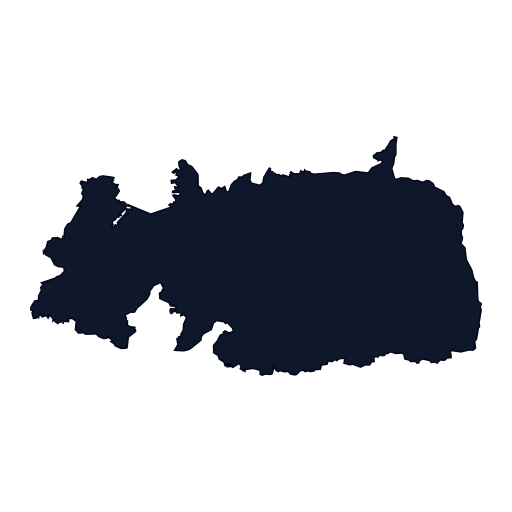 Grobogan, Jawa Tengah, Indonesia
{"feature_id": "22746128B71964042918672", "entity_name": "Grobogan", "entity_type": "district", "adm_level": 2, "iso_a3": "IDN", "parent_name": "Indonesia", "parent_adm1": "Jawa Tengah", "projection": "albers", "projection_center": [110.857, -7.098], "detail": "fine", "context": "isolated", "style": "filled", "palette": "ink", "viewbox_px": 512, "rotation_deg": 0, "n_neighbors": 0, "source": "geoboundaries", "source_scale": "gbopen_adm2", "svg_char_len": 6030}
<svg xmlns="http://www.w3.org/2000/svg" viewBox="0 0 512 512"><path d="M395.9,143.7L396.9,137.5L394.1,136.8L394.4,138.8L390.7,140.9L388.0,145.6L388.5,146.2L386.9,146.8L385.4,149.9L382.8,150.5L381.4,152.4L377.1,152.8L373.4,155.8L373.8,157.8L377.6,159.6L378.0,160.8L380.6,159.9L382.8,161.2L381.1,163.7L371.9,167.9L368.2,173.0L355.7,171.5L344.6,175.1L342.1,174.8L339.4,173.0L333.6,172.6L314.2,174.2L311.1,173.6L309.8,171.8L306.0,171.2L304.6,169.9L304.3,172.3L300.8,170.8L299.5,173.8L293.6,173.8L291.0,171.8L290.4,172.6L291.6,173.8L289.9,174.5L289.6,176.6L288.8,176.7L282.7,174.9L281.7,176.2L278.5,174.4L276.1,174.9L274.9,173.1L272.9,173.3L272.8,171.9L269.8,170.9L270.5,168.9L269.3,168.1L263.8,177.3L263.0,182.7L259.9,185.3L251.4,183.1L249.9,180.1L250.6,173.0L243.7,175.4L242.2,177.1L238.9,177.0L237.4,179.8L234.5,181.3L231.4,184.7L228.7,192.1L226.3,191.5L224.7,186.5L221.7,188.6L218.5,187.1L212.7,193.9L210.9,193.5L208.5,190.3L207.4,190.6L205.4,195.2L202.8,192.9L201.1,188.0L198.2,185.8L198.0,175.0L197.2,173.5L191.6,166.4L187.7,164.8L185.3,160.8L182.1,159.8L178.8,161.9L179.2,166.3L180.7,169.7L178.8,170.6L176.5,168.8L172.3,172.1L173.7,173.1L176.8,172.1L177.4,173.1L176.0,175.0L179.4,176.6L175.7,180.0L171.2,180.4L171.6,183.3L175.0,182.5L178.3,186.2L177.9,187.2L174.7,186.8L175.6,190.5L172.6,191.3L172.5,192.6L179.6,192.2L180.3,193.8L179.7,195.0L177.5,195.8L174.4,194.8L172.9,195.4L175.9,199.6L175.6,202.0L173.7,202.1L172.9,204.6L170.6,203.6L168.9,205.0L171.9,206.9L150.7,214.1L127.8,204.6L127.5,205.8L131.6,206.7L131.0,209.5L126.9,208.9L126.1,212.2L128.4,212.7L127.5,214.6L125.5,213.6L117.3,222.7L118.3,223.5L117.2,225.6L115.4,224.8L112.4,227.9L111.3,226.9L112.4,226.4L111.6,225.1L113.1,224.5L112.2,223.2L113.0,220.4L115.4,219.8L116.6,216.9L118.7,217.3L119.2,214.8L120.2,215.8L121.3,215.3L120.2,214.0L125.3,209.1L126.1,206.5L126.0,203.9L124.2,202.1L119.3,201.7L119.1,200.4L116.9,200.3L114.8,198.2L114.8,196.4L116.0,196.1L119.4,190.8L117.0,187.2L118.1,184.6L115.7,184.7L111.5,181.9L113.4,180.5L112.3,179.4L113.8,178.6L113.8,177.5L103.0,175.9L99.6,176.6L96.4,179.3L92.4,177.7L89.6,179.6L87.7,179.4L87.7,182.7L81.3,181.1L80.2,183.0L81.8,183.7L80.9,184.2L82.5,186.3L82.0,188.0L83.5,189.1L81.8,193.5L83.2,195.7L83.0,197.7L82.3,199.9L77.0,205.9L80.4,206.5L70.8,222.8L67.6,224.2L64.8,228.9L64.1,236.7L63.0,236.2L62.4,238.5L60.4,240.0L59.9,238.6L58.3,239.0L58.7,238.1L57.5,237.6L52.2,238.1L51.2,240.4L47.8,241.5L45.8,248.9L44.5,249.4L44.6,251.7L43.4,251.1L43.7,253.8L45.5,252.9L45.6,254.7L51.1,257.8L54.6,264.8L58.4,266.6L63.3,267.1L64.4,269.6L64.1,271.7L59.9,275.8L56.6,276.7L55.3,278.1L41.4,282.8L43.2,284.4L40.8,287.4L41.3,290.6L38.6,296.0L38.5,301.2L37.1,300.5L34.7,301.0L31.0,307.0L30.7,309.9L33.0,310.7L32.2,312.3L33.5,312.1L32.3,314.3L33.5,318.4L36.7,317.9L37.0,317.0L38.6,317.7L38.8,315.4L40.3,315.5L38.8,314.7L39.6,313.4L42.3,317.0L43.5,316.4L43.9,314.0L45.0,316.1L46.4,315.4L48.1,318.1L48.9,316.7L48.3,314.8L49.1,314.6L53.1,318.6L52.9,321.0L54.6,319.7L55.2,321.8L57.9,323.5L58.7,322.1L61.0,322.2L61.5,320.1L63.8,321.3L68.6,321.6L68.6,318.6L72.1,318.4L76.3,321.3L75.4,329.6L78.5,333.1L83.4,332.7L85.6,334.2L96.2,333.9L98.7,336.5L104.0,338.6L107.5,337.9L107.8,336.9L111.5,339.4L112.1,340.2L110.8,341.6L114.2,343.7L115.2,345.8L121.0,348.4L125.6,348.2L127.1,347.7L128.3,337.2L135.6,331.4L135.3,329.5L134.2,329.4L134.9,327.3L129.8,326.6L127.3,325.1L127.5,321.0L126.4,320.6L126.2,317.4L125.0,316.3L125.6,314.8L130.3,312.2L134.5,312.1L137.1,308.0L147.0,299.1L149.7,294.1L149.7,291.2L154.0,285.4L158.5,283.6L159.0,282.4L161.1,283.3L163.8,288.7L162.5,289.4L162.1,291.5L159.5,293.2L159.9,298.6L168.9,302.6L170.5,305.8L173.2,306.1L172.9,305.1L176.3,307.1L174.4,309.0L170.8,308.6L170.0,310.3L170.4,312.9L171.8,313.5L172.9,312.0L175.6,311.0L176.9,312.9L181.5,312.7L180.7,315.8L184.1,314.7L186.5,317.7L183.7,324.1L183.2,330.3L180.9,334.1L181.6,335.9L178.6,336.9L178.0,338.6L176.9,338.8L177.9,344.5L174.6,350.3L183.6,350.8L188.6,349.6L191.7,347.7L200.9,340.1L201.4,336.6L203.5,333.7L211.3,329.6L213.4,323.1L216.7,320.5L224.3,321.9L225.4,323.5L227.3,322.6L232.7,328.3L233.3,331.5L228.7,332.9L225.1,330.9L223.3,332.2L223.5,333.9L220.2,335.2L217.3,341.0L213.6,345.3L213.7,352.8L218.1,355.4L219.3,359.2L224.0,362.0L224.9,365.4L228.0,363.9L229.8,364.1L225.8,365.8L226.8,366.6L227.3,365.7L230.3,365.4L229.0,366.6L231.2,366.4L232.7,367.4L238.9,363.6L241.3,366.2L240.3,368.7L243.3,370.7L245.0,371.4L245.0,370.0L246.1,369.4L252.8,368.4L256.5,369.2L260.2,370.5L260.2,374.4L262.5,375.2L264.6,374.1L270.8,374.4L272.3,373.5L273.9,366.4L275.8,370.0L278.1,371.6L280.1,370.6L284.3,371.8L288.4,371.4L290.3,374.0L294.7,374.9L296.6,374.4L300.3,370.6L303.6,370.3L305.0,371.6L309.1,370.7L309.6,371.5L312.3,371.3L314.2,370.9L314.9,369.6L320.4,369.3L321.3,365.1L327.1,364.2L328.2,360.8L331.9,361.7L335.1,359.6L336.9,360.7L338.5,359.1L342.6,358.2L344.7,358.9L344.0,363.2L350.0,364.8L352.7,364.2L360.5,367.1L365.4,364.9L369.7,364.9L371.4,362.0L374.2,361.6L373.8,358.6L374.8,356.6L377.9,357.0L380.4,354.5L382.0,355.7L384.4,355.4L386.2,353.3L388.1,353.5L389.0,352.2L392.0,352.1L395.0,353.4L402.4,353.1L404.0,354.7L404.8,358.9L409.2,360.1L410.5,361.5L415.4,361.4L417.0,363.2L418.9,362.8L419.6,360.4L423.0,359.0L430.2,360.7L431.1,362.5L435.2,362.0L437.0,363.2L440.1,360.0L444.7,360.2L447.2,357.9L451.1,357.7L450.8,353.4L449.5,351.8L451.7,350.6L461.0,351.9L468.7,350.0L473.3,350.1L475.5,348.1L474.7,341.6L476.5,339.0L478.4,328.0L479.6,326.6L479.0,323.1L481.2,309.9L480.2,307.3L481.3,303.6L478.8,302.0L477.8,299.8L477.2,282.1L475.6,281.7L473.5,277.5L471.8,270.1L466.3,259.6L464.9,247.9L460.2,242.6L461.4,242.1L462.5,238.1L461.2,234.1L461.4,229.7L462.7,228.6L463.4,225.3L462.1,222.7L462.9,212.4L459.8,206.4L457.8,205.5L455.8,206.7L452.5,204.5L449.4,197.3L446.2,195.7L443.9,191.7L434.6,187.2L433.1,183.6L429.1,180.9L426.6,180.5L422.6,182.4L417.7,180.5L413.1,180.8L408.4,178.3L401.0,177.8L396.3,179.4L394.7,178.8L391.7,168.5L393.8,163.0L394.3,157.4L395.9,154.4L395.9,143.7ZM63.1,323.7L63.4,322.8L62.8,321.9L63.1,323.7Z" fill="#0f172a" stroke="#020617" stroke-width="1.5"/></svg>